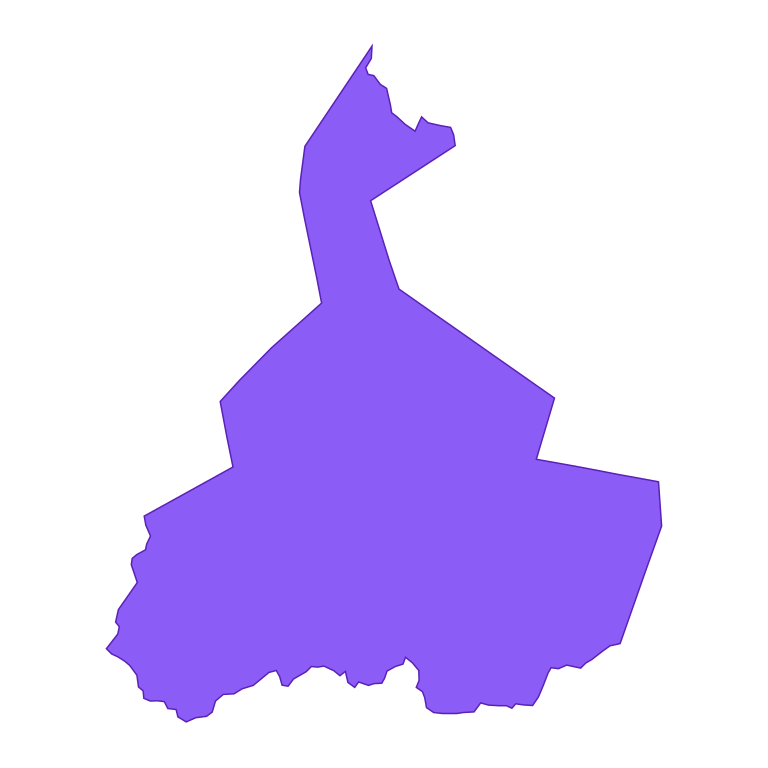 Água Preta, Pernambuco, Brazil
{"feature_id": "56859067B99963356412199", "entity_name": "Água Preta", "entity_type": "district", "adm_level": 2, "iso_a3": "BRA", "parent_name": "Brazil", "parent_adm1": "Pernambuco", "projection": "orthographic", "projection_center": [-35.496, -8.676], "detail": "fine", "context": "isolated", "style": "filled", "palette": "violet", "viewbox_px": 768, "rotation_deg": 0, "n_neighbors": 0, "source": "geoboundaries", "source_scale": "gbopen_adm2", "svg_char_len": 1841}
<svg xmlns="http://www.w3.org/2000/svg" viewBox="0 0 768 768"><path d="M405.2,124.4L396.6,116.5L391.7,112.8L390.4,104.9L386.6,88.4L380.3,84.4L373.8,75.6L368.1,74.4L365.7,67.8L371.3,58.5L372.0,46.1L304.9,146.3L300.5,179.6L299.5,192.4L304.4,217.9L316.7,277.6L321.6,303.1L271.4,347.9L239.6,380.2L220.2,401.5L226.9,437.1L233.0,467.0L199.7,485.4L144.2,516.1L145.8,525.1L150.5,536.0L146.7,544.0L145.5,549.8L136.9,554.5L132.2,558.4L131.3,564.7L137.3,582.5L118.4,609.6L115.6,622.1L119.3,626.7L117.8,634.0L106.4,648.7L111.7,654.0L117.8,656.8L124.6,661.1L129.8,665.5L136.9,675.2L138.5,687.0L143.1,690.8L143.8,698.3L150.2,701.0L157.6,700.8L164.3,701.6L167.8,708.5L176.1,709.5L177.9,716.9L186.2,721.9L195.8,717.7L206.6,716.3L212.2,712.1L215.5,701.0L223.3,694.4L234.1,693.8L242.1,688.8L253.2,685.4L260.3,679.6L269.0,672.4L276.3,670.5L279.7,676.7L282.1,685.2L288.1,686.2L293.5,679.0L306.2,671.7L311.4,666.5L317.6,667.1L324.0,666.1L334.0,670.8L339.9,675.7L345.4,671.4L347.9,682.4L354.7,687.4L358.6,682.0L368.5,685.4L374.0,683.6L381.8,683.2L384.6,678.2L387.0,671.1L395.3,666.5L403.0,664.1L405.5,657.3L412.3,662.7L418.8,670.5L419.1,680.4L416.3,687.4L422.4,691.6L424.7,697.6L426.5,707.6L433.6,712.5L442.5,713.5L450.9,713.5L456.7,713.5L463.5,712.5L474.0,711.9L480.7,702.9L488.5,705.1L498.7,705.7L506.4,705.7L511.9,708.2L515.7,703.8L523.3,704.9L532.6,705.5L538.4,697.0L543.3,685.4L548.2,672.7L551.1,667.7L558.4,668.7L566.7,665.1L580.7,668.1L585.8,663.0L591.7,659.6L602.9,650.9L610.0,645.8L620.1,643.6L646.1,569.5L661.6,526.1L658.5,481.8L617.4,474.3L603.0,471.5L581.0,467.3L536.3,459.3L554.5,398.1L536.3,385.4L493.1,355.1L462.2,333.4L456.5,329.4L436.0,315.1L399.0,289.1L389.2,260.5L370.6,200.7L455.2,145.6L453.6,134.7L450.6,127.4L440.4,125.6L428.0,122.8L421.6,116.9L417.9,124.8L415.1,131.2L405.2,124.4Z" fill="#8b5cf6" stroke="#5b21b6" stroke-width="1.5"/></svg>